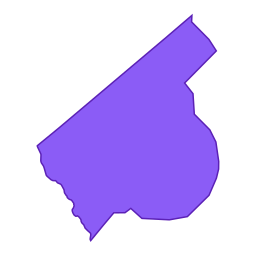 outline of Abbeville, South Carolina, United States of America
{"feature_id": "52423323B54775259864963", "entity_name": "Abbeville", "entity_type": "district", "adm_level": 2, "iso_a3": "USA", "parent_name": "United States of America", "parent_adm1": "South Carolina", "projection": "equal_earth", "projection_center": [-82.57, 34.249], "detail": "fine", "context": "isolated", "style": "filled", "palette": "violet", "viewbox_px": 256, "rotation_deg": 0, "n_neighbors": 0, "source": "geoboundaries", "source_scale": "gbopen_adm2", "svg_char_len": 1059}
<svg xmlns="http://www.w3.org/2000/svg" viewBox="0 0 256 256"><path d="M37.3,145.7L37.4,146.6L40.7,153.6L41.0,154.7L40.8,160.7L41.0,161.8L41.4,162.9L43.4,165.9L44.1,167.7L46.2,175.1L47.0,176.2L51.0,179.7L52.6,180.5L54.1,180.7L55.4,180.6L56.0,181.0L57.5,182.8L60.7,184.2L61.5,185.1L64.0,189.7L64.5,192.8L66.3,195.6L66.9,196.0L67.3,197.6L67.5,197.8L69.1,199.2L69.8,199.5L71.2,200.0L71.7,200.4L73.6,203.1L73.8,203.7L73.8,204.7L73.9,204.9L74.1,205.3L74.1,205.9L73.2,208.3L72.3,209.4L72.2,210.8L72.8,212.7L74.0,214.9L75.6,216.2L76.5,216.2L77.5,215.9L78.9,216.9L80.7,219.2L81.0,220.0L81.1,221.2L81.7,222.7L83.8,224.9L85.2,228.2L87.6,230.6L90.0,232.7L90.6,233.5L90.8,234.9L90.2,238.4L90.2,239.6L90.7,240.6L103.5,225.0L113.8,212.8L125.0,212.7L130.8,208.4L141.9,218.4L169.4,219.8L187.4,216.6L209.0,195.3L216.4,178.2L218.6,169.1L218.7,161.4L215.9,142.0L209.8,129.8L194.3,114.2L193.0,93.7L184.6,83.0L201.0,66.4L216.3,50.9L208.9,39.4L191.6,21.9L191.9,15.4L169.2,34.8L165.4,38.1L163.8,39.4L58.4,128.4L37.3,145.7Z" fill="#8b5cf6" stroke="#5b21b6" stroke-width="1.5"/></svg>